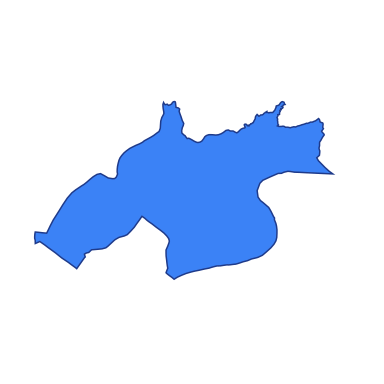 the district of Mukh Kampul, Kândal, Cambodia, rotated 36°
{"feature_id": "14789045B82229492070205", "entity_name": "Mukh Kampul", "entity_type": "district", "adm_level": 2, "iso_a3": "KHM", "parent_name": "Cambodia", "parent_adm1": "Kândal", "projection": "albers", "projection_center": [104.942, 11.775], "detail": "fine", "context": "isolated", "style": "filled", "palette": "blue", "viewbox_px": 384, "rotation_deg": 36, "n_neighbors": 0, "source": "geoboundaries", "source_scale": "gbopen_adm2", "svg_char_len": 4872}
<svg xmlns="http://www.w3.org/2000/svg" viewBox="0 0 384 384"><g transform="rotate(36 192 192)"><path d="M116.4,136.3L117.0,138.2L118.2,139.8L119.7,141.5L121.8,143.5L123.1,145.0L123.5,146.8L123.8,149.4L125.0,152.9L126.8,155.8L128.9,159.1L129.8,162.4L129.0,164.7L127.8,168.7L126.7,171.4L125.4,174.2L123.3,178.6L122.7,180.9L121.3,183.8L119.2,187.2L117.1,191.2L116.0,193.4L114.7,197.5L114.0,200.4L113.7,203.8L113.7,206.6L114.3,209.3L115.5,212.4L116.7,215.1L118.1,217.5L119.7,219.8L121.2,221.2L121.6,222.6L122.0,224.8L121.5,226.6L119.9,227.9L116.0,229.9L111.7,230.3L107.2,230.9L104.8,233.6L103.1,237.7L102.1,241.5L101.1,245.9L100.2,249.2L99.1,251.9L96.7,258.4L95.3,263.2L94.7,270.3L95.0,278.2L95.5,284.8L95.9,291.1L96.2,296.2L97.2,302.7L98.2,308.2L98.6,310.7L95.5,312.6L91.6,314.8L88.7,316.5L89.5,318.2L90.7,320.2L91.9,321.9L93.5,323.2L95.5,325.8L98.0,321.5L103.8,321.4L104.5,321.4L107.9,321.5L108.7,321.5L113.5,321.5L117.2,321.5L125.2,321.9L125.9,321.9L133.4,321.6L136.6,321.7L139.8,321.7L142.2,321.7L143.8,321.8L143.6,308.3L143.8,307.3L142.3,306.2L141.5,305.5L142.4,303.4L144.0,301.6L144.7,297.8L149.2,293.9L152.6,290.9L155.1,287.8L155.8,285.5L156.7,280.9L157.6,276.3L158.4,274.3L159.7,271.5L163.1,267.3L164.7,264.5L165.4,259.9L166.0,254.4L165.9,250.5L165.9,246.3L165.8,241.1L169.2,241.0L171.8,241.3L174.2,241.4L178.6,241.3L183.7,241.5L189.3,241.5L193.5,241.7L197.5,242.4L200.5,243.4L202.5,245.0L203.2,246.6L204.2,250.1L205.1,254.2L207.0,256.8L208.7,259.0L211.6,262.1L213.6,264.3L215.4,266.2L217.2,267.9L218.0,271.1L218.5,272.6L220.0,272.8L222.7,272.9L226.2,272.9L228.8,273.1L230.3,269.4L232.5,265.5L235.0,261.5L238.0,257.6L240.5,254.6L243.3,251.6L245.4,249.2L247.4,246.9L249.1,245.1L250.6,243.5L251.6,242.1L252.2,241.3L253.8,239.3L255.6,237.2L258.3,235.1L260.8,232.6L263.2,230.3L264.2,229.7L265.5,228.6L267.9,226.3L269.8,224.6L271.0,223.1L272.5,221.1L274.3,218.5L277.3,214.9L279.5,211.2L282.4,207.8L283.7,206.2L286.1,201.9L286.3,201.1L286.5,200.4L287.4,196.6L288.6,190.9L289.0,186.0L288.6,182.2L288.0,180.7L287.3,179.0L285.0,175.5L283.0,172.7L280.4,169.9L278.3,168.1L275.0,166.0L274.0,164.5L272.5,164.0L269.5,162.4L267.2,161.2L265.2,160.3L263.1,159.4L261.8,159.3L260.5,159.2L259.5,159.1L255.5,158.8L252.4,158.7L248.4,157.3L243.9,152.6L241.8,145.1L242.4,140.9L246.2,134.1L248.6,130.0L250.8,126.3L253.4,124.3L254.8,121.9L257.4,118.9L259.2,117.8L261.7,116.5L263.1,115.8L267.7,112.7L272.2,109.8L295.3,94.6L290.6,94.6L285.1,94.0L279.3,93.0L275.9,92.4L273.7,91.4L272.8,91.0L273.5,87.4L272.2,85.1L271.2,83.6L270.1,82.9L268.9,81.8L268.3,80.3L267.8,79.3L266.5,77.6L265.9,76.5L265.9,74.6L265.6,72.5L265.4,70.5L265.4,68.1L264.7,67.6L263.7,67.4L262.9,67.2L261.9,67.0L261.1,66.6L261.1,65.1L261.1,63.5L259.9,63.0L259.2,61.9L258.4,60.4L257.7,59.6L257.1,59.3L255.6,59.8L254.3,60.0L253.6,59.3L252.4,58.4L251.2,58.2L250.7,59.9L250.1,61.8L249.2,63.1L248.3,64.7L246.7,65.9L246.2,67.0L245.2,68.5L244.2,69.1L243.2,70.7L242.4,71.8L241.5,72.8L240.8,73.9L239.8,75.3L238.7,76.5L238.2,77.5L237.4,78.7L236.1,79.3L234.8,80.8L233.7,82.3L232.2,82.9L231.2,83.4L229.5,84.7L228.3,84.7L227.7,84.9L226.9,85.3L225.9,86.3L224.5,87.4L223.9,87.8L223.2,88.1L222.3,88.3L222.5,87.6L222.5,86.9L221.9,86.8L221.2,86.2L219.7,84.4L218.8,83.6L218.5,82.7L217.0,81.8L216.8,80.3L216.6,79.6L216.0,79.0L216.8,78.4L217.2,77.8L216.3,76.5L216.0,75.9L216.0,75.0L215.2,74.5L215.4,73.7L215.0,72.7L215.7,72.8L215.5,71.8L215.9,71.1L216.0,70.3L215.3,70.0L214.4,70.0L215.0,69.1L214.7,68.1L215.3,67.0L215.8,66.5L214.9,66.2L213.7,65.3L212.1,65.7L211.5,66.5L211.2,67.8L211.3,70.1L210.9,71.2L209.9,72.4L209.6,73.1L210.2,74.0L210.4,75.0L210.9,77.1L210.7,78.9L210.6,80.2L209.7,80.9L208.8,81.5L208.1,82.1L207.8,82.7L207.0,83.1L206.3,83.1L205.7,83.7L205.2,83.0L204.9,83.9L204.5,84.4L204.4,85.4L204.0,86.1L204.0,87.0L203.7,88.0L203.2,88.6L202.3,89.3L202.1,89.9L201.9,90.9L201.4,91.4L200.1,91.1L199.1,91.0L199.0,92.7L199.1,93.7L199.7,95.0L200.1,95.5L200.2,96.5L200.5,98.8L200.8,99.9L200.3,100.5L200.1,101.7L199.4,102.3L199.4,103.2L199.1,103.9L199.2,105.1L198.3,104.9L197.9,105.8L196.4,105.3L195.7,105.5L195.0,105.9L194.7,106.7L195.3,107.4L196.9,108.3L197.0,109.1L195.7,110.6L194.8,112.2L194.4,113.9L194.1,116.1L193.5,117.8L191.9,118.2L189.4,118.5L187.2,120.1L184.9,120.5L183.3,122.2L182.3,125.6L181.3,127.8L179.7,130.2L177.7,132.0L174.8,133.7L172.0,135.7L171.1,136.9L170.4,138.0L169.9,139.8L170.1,142.3L170.0,145.1L169.3,146.7L168.5,147.7L167.5,148.6L166.7,149.0L165.1,149.4L163.2,149.7L161.6,149.8L158.8,150.2L157.8,150.4L156.7,151.6L154.6,151.0L153.2,150.5L151.8,150.6L149.1,150.2L147.5,148.3L146.3,145.5L145.9,143.5L145.0,141.4L142.1,139.9L139.1,137.7L135.8,135.5L134.1,134.2L133.6,133.0L133.3,132.2L131.7,132.0L129.3,132.9L128.1,131.6L126.1,129.4L125.3,128.9L124.5,129.2L123.8,130.1L123.6,131.8L123.8,132.8L122.8,134.8L122.0,135.8L120.4,135.5L118.9,137.2L117.4,136.8L116.4,136.3Z" fill="#3b82f6" stroke="#1e3a8a" stroke-width="1.5"/></g></svg>